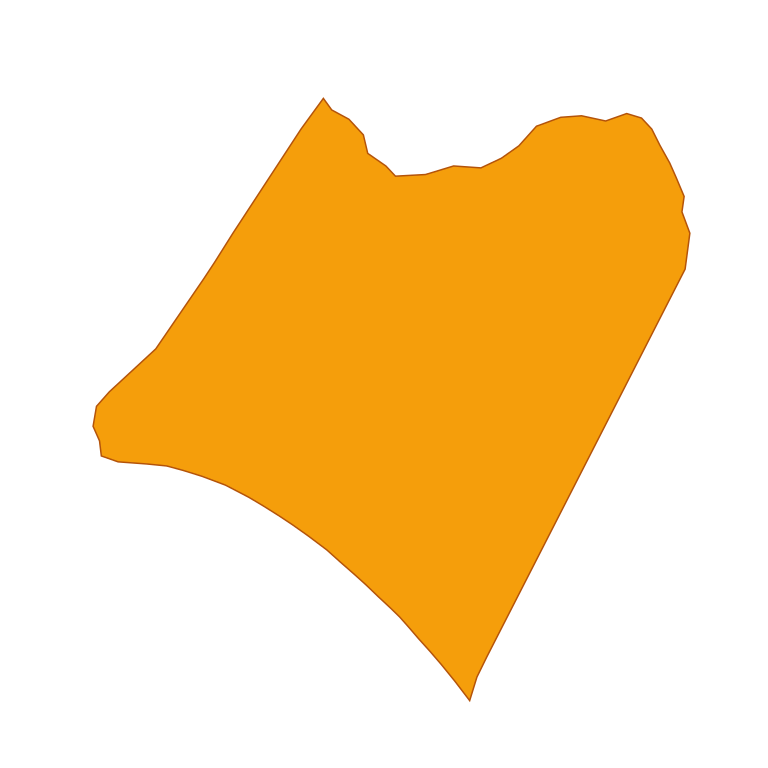 Feliz Deserto, Alagoas, Brazil (Robinson projection), rotated 98°
{"feature_id": "56859067B26079744538981", "entity_name": "Feliz Deserto", "entity_type": "district", "adm_level": 2, "iso_a3": "BRA", "parent_name": "Brazil", "parent_adm1": "Alagoas", "projection": "robinson", "projection_center": [-36.335, -10.29], "detail": "fine", "context": "isolated", "style": "filled", "palette": "amber", "viewbox_px": 768, "rotation_deg": 98, "n_neighbors": 0, "source": "geoboundaries", "source_scale": "gbopen_adm2", "svg_char_len": 920}
<svg xmlns="http://www.w3.org/2000/svg" viewBox="0 0 768 768"><g transform="rotate(98 384 384)"><path d="M192.1,102.1L172.1,112.9L156.5,112.9L138.9,123.4L125.4,131.8L109.1,144.1L94.3,154.3L84.8,166.0L82.4,181.3L92.7,201.1L90.9,225.7L95.3,246.1L107.5,268.9L129.4,283.6L144.1,299.2L156.5,318.1L158.4,345.4L170.8,372.1L176.6,401.6L167.9,412.4L157.9,432.2L140.2,439.1L126.7,455.6L119.9,473.9L109.6,483.8L142.8,501.5L255.7,554.6L287.1,568.7L304.8,577.1L381.0,614.9L429.8,654.8L446.1,665.6L466.4,666.2L479.9,657.8L494.6,653.9L498.1,636.5L496.2,607.7L495.4,587.9L497.5,571.1L500.7,551.6L506.2,527.0L514.9,502.4L521.3,487.1L528.7,470.6L536.0,455.3L545.0,437.9L556.3,417.5L566.6,402.2L577.2,386.0L585.4,373.9L595.6,359.8L604.6,346.9L612.5,336.1L621.2,325.9L631.5,314.2L642.3,301.3L653.9,288.1L668.7,272.2L685.6,255.1L661.3,251.2L640.2,244.3L228.3,101.8L192.1,102.1Z" fill="#f59e0b" stroke="#b45309" stroke-width="1.5"/></g></svg>